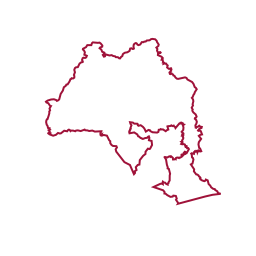 outline of Bao Lam, Lâm Đồng, Vietnam, rotated 341°
{"feature_id": "81297802B89982379831919", "entity_name": "Bao Lam", "entity_type": "district", "adm_level": 2, "iso_a3": "VNM", "parent_name": "Vietnam", "parent_adm1": "Lâm Đồng", "projection": "mercator", "projection_center": [107.768, 11.64], "detail": "fine", "context": "isolated", "style": "outline", "palette": "rose", "viewbox_px": 256, "rotation_deg": 341, "n_neighbors": 0, "source": "geoboundaries", "source_scale": "gbopen_adm2", "svg_char_len": 5924}
<svg xmlns="http://www.w3.org/2000/svg" viewBox="0 0 256 256"><g transform="rotate(341 128 128)"><path d="M128.9,38.0L127.3,37.7L122.6,35.6L121.5,36.1L120.3,37.7L116.5,36.4L114.6,37.9L111.3,38.4L110.9,39.1L111.6,40.3L111.9,42.3L110.6,44.5L112.6,46.3L111.5,47.6L110.3,47.8L108.7,47.0L107.9,47.2L106.7,48.7L106.9,50.4L106.6,50.9L105.1,50.7L103.2,51.3L100.4,54.1L98.5,53.7L97.3,54.1L96.1,55.6L96.0,58.0L94.1,60.3L94.2,61.4L93.6,62.9L92.2,63.3L90.9,62.6L90.4,63.1L89.5,63.1L87.8,65.0L85.1,67.1L83.9,66.9L82.8,67.9L80.6,68.6L78.6,71.4L75.4,73.9L72.3,78.5L71.0,79.1L69.6,79.2L69.2,78.2L67.3,76.7L64.5,76.0L61.0,75.9L59.0,76.4L59.2,77.3L60.7,78.6L61.6,81.9L62.2,82.2L60.1,84.1L60.1,85.9L58.9,86.8L58.5,88.3L57.3,90.1L54.8,93.4L54.1,93.4L53.2,94.4L52.5,95.8L52.2,98.4L52.6,99.7L52.4,101.9L53.8,102.7L53.4,103.4L53.7,104.1L52.2,104.3L52.8,106.1L52.1,107.0L52.8,107.6L52.3,107.8L50.4,106.4L51.8,108.5L54.7,110.9L57.6,111.0L60.2,109.9L61.7,111.0L62.8,111.2L66.8,109.8L69.4,111.3L70.5,110.5L71.6,110.3L72.3,111.0L72.6,112.2L73.3,111.9L75.1,112.5L77.1,113.9L78.0,113.5L79.8,113.9L82.3,115.5L86.5,115.4L86.8,116.2L88.9,117.1L90.3,118.2L93.4,118.8L95.5,120.6L101.8,122.4L101.5,122.9L100.7,123.0L100.2,124.1L100.5,124.7L99.9,124.9L99.8,125.7L100.3,126.0L100.9,125.8L100.4,126.5L100.7,126.7L102.8,126.7L105.6,128.4L106.2,133.4L106.9,134.7L106.3,136.6L106.9,138.7L108.0,140.1L111.1,141.4L111.2,142.8L109.4,144.1L109.2,146.5L113.5,159.1L117.8,163.6L118.6,173.6L120.0,172.8L120.3,171.1L122.4,170.5L122.6,167.6L125.2,166.1L126.9,166.3L128.7,162.2L133.3,159.2L136.0,158.3L136.9,156.1L140.1,154.0L141.3,154.8L142.1,154.8L145.2,151.9L146.1,147.9L143.8,146.4L145.0,144.3L145.0,142.7L144.1,142.8L142.9,143.5L141.0,143.1L138.5,143.2L137.8,142.7L137.6,142.1L136.7,141.6L135.5,139.5L134.9,139.1L134.7,137.1L132.4,134.2L127.7,133.5L127.8,132.1L128.5,131.7L128.6,131.0L129.3,130.7L129.5,129.9L130.4,129.6L130.4,128.7L132.2,126.5L131.7,125.0L131.8,123.2L134.4,124.5L135.3,125.9L138.2,127.0L138.5,127.7L138.2,128.6L138.6,129.3L140.9,129.5L142.5,131.8L143.3,133.8L143.7,137.2L146.8,136.5L148.0,137.3L148.0,138.1L149.8,140.0L154.0,141.8L155.4,141.6L156.5,139.7L158.1,140.0L158.6,139.7L159.4,140.4L160.6,140.7L162.6,143.3L164.0,142.7L165.6,142.6L165.8,139.3L166.4,139.3L168.6,139.9L169.8,139.6L170.5,140.6L172.0,140.6L172.1,141.4L172.9,142.5L172.9,143.5L177.9,140.5L178.5,140.8L179.2,140.1L180.3,140.3L181.2,141.3L180.5,141.7L180.5,142.2L181.9,143.0L180.8,143.5L180.6,145.6L179.6,147.8L177.5,149.1L178.4,150.7L177.5,151.4L178.2,151.9L176.6,152.9L177.5,153.5L176.9,154.1L177.1,155.3L176.7,156.1L175.1,157.3L175.0,158.8L174.1,158.6L174.4,159.2L174.0,159.8L174.7,160.4L173.5,160.1L173.1,160.4L174.0,161.1L175.4,161.3L176.4,162.2L176.3,163.5L177.4,164.1L177.1,164.6L176.3,164.3L176.3,164.8L177.4,165.3L177.3,166.3L178.4,166.6L178.7,167.8L175.2,170.9L174.3,170.7L174.5,169.3L174.0,168.9L172.4,169.9L173.0,171.2L172.2,171.2L170.6,172.1L170.5,170.8L170.0,170.6L169.7,170.9L169.7,172.1L168.8,172.8L167.6,173.0L166.8,172.6L166.4,173.0L164.9,171.9L163.6,172.0L163.0,173.0L162.7,172.6L161.4,172.8L160.3,172.4L160.7,170.8L159.4,168.6L158.9,168.5L158.6,169.0L157.9,168.3L157.2,168.3L155.6,168.7L153.4,167.4L153.1,167.5L153.7,170.2L152.8,175.5L152.8,178.1L152.3,179.1L153.3,180.0L152.9,185.0L152.0,186.4L150.3,191.2L148.6,192.6L148.4,193.2L147.4,193.5L147.1,194.4L145.9,193.3L145.3,191.8L144.1,191.2L143.5,190.1L142.9,190.9L142.6,192.4L141.9,191.6L140.4,191.3L132.9,192.1L141.0,198.4L141.7,200.3L141.1,201.8L142.1,202.3L143.3,204.3L145.7,206.9L147.9,207.4L148.8,206.7L151.1,207.8L151.1,210.6L150.0,211.5L151.1,215.5L150.6,215.9L178.8,217.9L186.3,218.7L194.2,220.4L192.0,218.8L191.8,216.9L190.2,214.9L190.2,214.1L188.7,213.2L187.3,211.1L187.0,209.2L186.0,207.3L186.3,203.5L184.8,202.1L184.0,203.0L182.8,203.1L181.0,201.7L179.8,200.2L179.6,199.3L180.3,198.9L179.9,197.5L179.3,196.9L179.2,195.8L178.4,194.6L177.4,194.1L176.2,190.4L177.1,188.6L175.6,182.9L177.4,182.6L179.6,179.1L179.6,177.4L179.0,176.7L179.6,173.9L179.4,172.8L180.1,172.6L181.9,173.9L182.6,172.4L183.1,172.6L183.7,171.8L184.5,172.4L185.0,171.8L186.1,172.4L185.9,173.5L187.2,172.1L188.1,173.4L188.5,173.5L189.0,172.9L189.2,173.8L189.7,173.8L189.5,170.8L188.8,170.0L189.3,166.4L190.4,164.4L193.6,162.1L192.4,158.5L194.0,158.0L195.9,158.2L195.8,154.7L195.2,154.0L193.6,153.6L193.4,153.1L195.3,152.0L197.5,151.9L198.1,151.0L196.7,150.2L196.1,149.0L194.4,149.6L193.1,149.4L192.5,150.0L192.1,149.7L192.6,147.4L193.9,146.3L195.1,144.6L195.1,142.7L194.2,141.0L194.6,140.4L195.9,140.2L196.6,139.5L196.4,137.2L194.9,134.6L194.5,133.2L194.6,132.1L195.2,131.6L194.8,129.6L196.8,127.8L196.8,126.6L198.5,124.0L198.8,122.2L198.2,120.3L199.3,119.7L200.9,117.8L201.9,117.2L202.8,115.9L205.6,113.7L205.2,112.1L204.4,111.0L204.3,107.7L203.6,105.4L200.0,101.5L199.6,99.7L198.4,98.7L191.4,97.9L190.2,97.2L189.3,95.6L188.9,93.8L188.0,93.1L188.0,92.1L187.2,91.3L187.0,90.5L186.5,90.3L185.6,90.8L185.2,90.5L185.3,89.0L187.4,88.0L187.3,86.8L188.1,86.7L188.2,85.6L187.5,85.4L187.2,85.7L185.8,85.3L184.7,83.5L185.9,81.8L185.0,80.3L185.1,79.6L183.7,78.9L182.6,78.9L183.2,78.1L182.4,77.6L182.9,77.2L182.7,76.5L183.0,74.8L182.0,74.4L182.8,73.4L183.6,73.1L182.9,71.5L180.0,68.8L180.7,67.2L183.0,67.6L183.4,67.3L183.1,66.7L181.4,66.5L180.7,65.4L180.7,64.1L181.5,62.9L181.0,61.2L183.4,60.3L184.2,59.1L183.4,55.9L183.5,54.9L182.6,53.0L180.1,51.7L178.7,51.5L177.0,52.1L174.2,51.4L172.9,52.0L171.5,51.6L170.6,51.9L169.0,51.3L166.8,53.0L165.0,53.1L164.2,52.4L163.6,50.6L162.8,50.2L161.4,50.5L160.4,51.3L159.6,53.1L159.5,54.7L159.1,55.0L158.1,54.8L157.1,53.7L155.9,53.6L154.6,55.6L152.1,56.2L149.6,55.8L147.9,56.2L147.1,56.6L146.1,58.1L144.5,58.6L143.2,59.6L142.4,59.3L141.5,57.8L139.5,57.0L139.2,56.1L137.3,55.0L136.3,53.8L134.1,53.4L130.8,51.1L129.6,52.7L128.5,52.7L128.0,50.7L130.0,49.8L130.2,49.1L128.4,47.5L128.3,45.2L127.1,43.3L127.8,42.8L130.1,42.7L130.6,41.7L129.8,39.4L128.9,38.0Z" fill="none" stroke="#9f1239" stroke-width="2"/></g></svg>